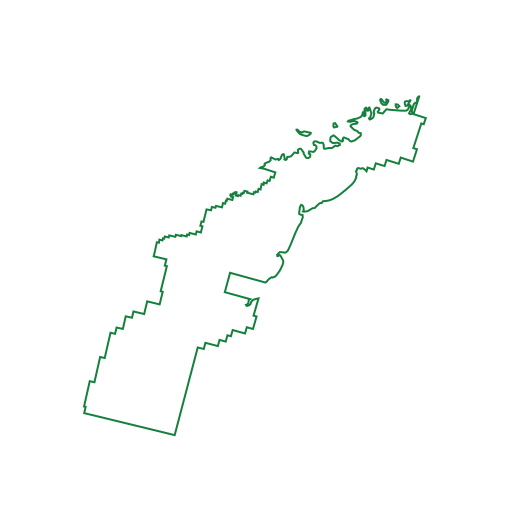 outline of Lake and Peninsula, Alaska, United States of America, rotated 196°
{"feature_id": "52423323B73962947550277", "entity_name": "Lake and Peninsula", "entity_type": "district", "adm_level": 2, "iso_a3": "USA", "parent_name": "United States of America", "parent_adm1": "Alaska", "projection": "albers", "projection_center": [-157.475, 58.272], "detail": "fine", "context": "isolated", "style": "outline", "palette": "green", "viewbox_px": 512, "rotation_deg": 196, "n_neighbors": 0, "source": "geoboundaries", "source_scale": "gbopen_adm2", "svg_char_len": 6153}
<svg xmlns="http://www.w3.org/2000/svg" viewBox="0 0 512 512"><g transform="rotate(196 256 256)"><path d="M173.1,367.9L173.1,371.8L166.6,371.6L166.4,378.1L157.2,377.9L157.0,384.3L144.2,384.0L144.0,390.5L131.1,390.0L130.7,403.0L134.5,403.1L133.6,429.0L131.1,428.9L130.8,435.4L143.7,435.8L143.1,454.4L143.3,454.4L143.8,453.8L144.5,452.4L144.3,450.6L143.7,449.5L143.7,449.0L144.3,447.7L145.8,446.3L146.2,445.0L146.3,438.3L144.8,436.3L145.1,435.8L147.0,434.8L148.2,435.3L147.6,438.5L147.3,439.2L147.4,440.3L148.8,443.0L149.3,443.3L149.8,443.4L150.1,442.8L149.9,441.8L150.4,438.6L151.5,437.2L155.8,435.9L161.4,434.7L167.3,433.5L171.1,433.0L173.5,427.9L178.0,427.5L178.7,428.1L178.5,428.6L177.8,431.0L177.9,431.3L178.3,431.8L181.0,431.9L181.9,431.4L182.5,429.4L182.6,428.0L182.5,427.2L182.4,426.6L182.0,426.0L181.6,425.7L181.4,422.5L181.8,421.0L183.1,419.3L184.3,418.6L185.3,419.3L185.3,419.5L184.5,420.1L184.3,424.7L184.4,425.0L187.9,430.0L188.3,429.8L188.5,429.2L188.6,427.9L188.1,427.3L188.3,426.6L189.4,426.3L189.7,426.4L190.6,428.6L190.8,428.9L191.2,428.9L191.9,428.1L192.2,427.4L191.8,425.7L190.5,424.3L189.6,421.9L189.5,421.5L190.0,420.5L190.3,420.3L190.9,420.4L191.3,420.8L191.3,421.0L191.0,421.5L191.5,423.3L192.6,423.8L192.8,423.7L192.8,420.3L193.7,418.5L196.2,416.3L199.5,414.6L204.5,411.4L204.7,410.7L202.1,411.0L201.4,411.7L198.3,412.9L195.6,412.6L195.2,412.3L195.5,411.1L198.8,409.7L200.4,408.5L201.0,407.4L200.8,406.6L196.0,404.2L195.4,404.3L192.9,403.9L191.5,402.8L189.1,402.9L188.6,401.1L188.7,400.3L188.8,400.0L192.8,394.5L195.9,392.3L197.8,392.6L199.3,393.7L204.2,394.2L204.6,393.8L204.9,392.0L204.1,391.1L204.6,389.9L204.9,389.7L208.4,390.4L210.1,391.4L213.6,393.0L214.8,393.3L215.3,392.6L216.8,391.2L217.0,390.3L216.6,387.9L216.2,386.8L213.2,385.7L209.3,387.3L206.5,387.2L206.0,385.8L207.1,385.0L207.8,384.1L210.3,383.9L211.6,382.1L212.9,380.6L215.8,379.9L219.3,378.0L220.4,378.2L221.1,379.9L221.3,380.9L221.7,381.7L223.0,383.2L224.5,382.9L225.8,382.3L228.2,382.5L228.6,382.8L230.3,382.7L231.5,382.2L232.0,381.3L232.1,380.7L231.0,378.7L229.8,378.9L228.4,378.3L228.1,377.9L227.5,376.2L228.3,373.5L228.9,372.4L229.4,371.9L233.7,371.3L233.8,370.6L233.5,369.0L232.8,368.7L232.3,368.9L231.9,368.6L231.7,368.2L231.3,366.5L231.9,365.4L232.7,364.6L234.0,364.2L235.1,364.4L238.4,367.6L238.7,368.1L238.7,368.6L239.0,368.9L242.4,371.4L243.1,371.3L244.0,370.9L244.9,369.6L244.8,368.8L243.9,367.2L244.1,366.4L247.6,366.1L249.2,362.6L249.9,361.5L251.1,360.6L253.2,359.9L253.2,357.3L253.8,356.6L254.9,356.5L255.3,356.7L255.2,357.4L255.6,358.2L257.1,361.2L257.7,361.5L258.5,360.9L258.8,360.5L259.2,358.2L259.2,356.5L259.4,356.0L260.5,354.5L261.5,355.4L263.9,354.1L268.6,355.0L268.9,354.8L268.9,353.4L268.3,352.2L269.4,350.2L270.4,349.6L273.1,347.3L273.1,346.6L273.0,346.2L272.5,345.8L273.3,344.2L276.0,342.4L276.5,341.7L271.9,342.1L260.5,341.7L260.5,336.2L263.6,336.3L263.6,331.9L265.7,331.9L265.8,328.8L268.9,328.8L268.9,327.7L268.3,327.7L268.3,326.5L270.4,326.6L270.0,321.2L272.0,321.3L272.0,317.9L274.1,317.9L274.1,316.8L275.5,316.8L275.5,314.6L282.0,314.4L282.0,315.6L285.1,315.4L285.1,313.2L286.2,313.1L286.2,311.9L287.4,311.9L287.4,309.7L289.8,309.7L289.8,308.6L292.1,308.6L292.2,311.9L293.4,311.8L293.3,310.6L294.4,310.6L294.4,309.5L295.4,309.5L295.3,308.4L297.4,308.4L297.4,307.3L296.3,307.4L296.3,306.2L294.2,306.3L294.2,303.3L299.4,303.2L299.3,301.0L300.2,301.0L300.0,297.8L302.3,297.8L302.1,293.4L308.2,293.1L308.3,291.2L311.9,291.0L311.8,287.6L316.4,287.1L315.9,274.3L317.9,274.2L317.8,269.7L315.7,269.8L315.5,263.4L319.9,263.3L319.8,260.1L326.2,259.9L326.1,257.7L328.2,257.7L328.0,255.7L333.5,255.5L333.4,254.5L338.9,254.3L338.8,252.2L345.1,251.9L345.0,249.8L349.1,249.6L349.0,247.4L350.3,247.3L350.2,245.2L353.4,245.1L353.0,242.0L355.1,241.9L354.4,231.7L354.3,227.5L341.2,228.1L341.0,221.6L338.9,221.7L337.9,195.8L335.8,195.9L335.3,182.9L348.1,182.4L347.5,169.4L358.5,168.9L358.2,162.5L364.6,162.1L363.9,149.2L370.3,148.8L370.0,142.4L374.7,142.1L373.3,116.2L378.0,116.0L376.5,90.1L381.3,89.8L379.8,63.9L378.2,64.0L377.8,57.6L284.8,61.4L286.8,152.0L280.6,152.2L280.7,158.6L267.8,158.9L267.9,165.3L261.5,165.4L261.6,171.9L258.0,172.0L258.0,178.4L245.2,178.5L245.2,185.0L238.8,185.0L238.8,198.0L241.9,198.0L241.9,216.0L245.0,214.3L246.8,212.8L247.9,210.9L248.0,208.4L248.3,207.7L249.5,206.4L250.6,205.6L251.5,205.6L252.2,206.3L250.9,207.2L250.4,208.8L250.8,211.6L250.2,212.5L249.8,212.9L276.0,212.6L276.3,232.7L239.6,233.1L238.7,234.3L237.5,237.0L235.7,239.3L234.9,240.0L234.2,239.8L232.1,241.4L231.7,241.9L230.7,244.0L229.2,248.2L228.8,250.0L228.0,254.5L228.0,256.5L228.3,258.5L229.6,260.1L232.4,262.9L233.2,263.4L233.8,263.4L234.5,262.2L235.1,261.9L235.4,261.8L236.0,262.9L234.8,265.4L234.2,266.3L230.4,267.1L229.6,267.1L228.9,267.2L228.0,268.1L226.9,269.9L226.4,272.6L225.8,276.7L224.5,289.0L223.4,296.2L222.0,300.0L221.7,306.1L222.5,308.3L222.8,308.4L224.1,308.0L225.9,308.2L226.2,308.6L226.6,310.5L227.2,314.9L227.2,315.5L226.7,317.6L225.5,317.5L224.2,316.6L222.9,313.8L222.8,312.3L223.0,311.8L222.0,311.9L219.2,313.1L218.7,313.4L214.9,317.4L212.8,318.3L211.8,320.3L209.6,323.9L208.7,324.7L207.6,324.9L206.6,327.2L204.0,328.1L200.7,329.8L197.6,332.2L194.0,336.0L191.3,339.6L188.0,344.3L183.6,351.2L182.1,354.4L181.2,359.0L181.8,360.2L181.4,361.9L182.6,364.3L183.3,365.0L182.8,366.2L182.8,367.8L182.1,368.7L179.2,368.8L177.6,369.9L174.8,368.9L173.1,367.9ZM237.3,388.4L237.2,389.3L237.3,389.5L243.8,389.1L244.6,388.8L244.9,388.2L245.7,387.5L246.1,387.4L248.5,387.6L250.0,388.1L250.6,388.7L251.3,388.9L251.9,388.6L251.8,388.3L251.1,387.7L247.5,385.4L244.7,385.1L240.4,385.2L238.8,386.4L237.3,388.4ZM171.4,441.1L171.8,442.3L173.8,442.5L174.0,442.0L172.8,441.1L173.7,439.1L175.3,438.8L178.4,441.2L179.2,441.4L179.7,440.8L179.6,440.1L177.7,437.5L175.6,436.4L172.7,437.1L172.2,438.1L171.4,441.1ZM150.8,446.4L150.3,448.9L152.1,446.6L154.0,446.4L155.3,445.5L155.4,444.6L154.8,443.1L153.6,441.5L152.2,442.1L150.8,446.4ZM213.5,402.7L213.5,403.1L216.6,405.5L217.9,404.8L217.4,402.0L216.4,401.1L213.5,402.7ZM161.1,437.1L159.5,439.5L161.5,440.7L163.5,440.3L163.1,438.8L162.3,437.8L161.1,437.1Z" fill="none" stroke="#15803d" stroke-width="2"/></g></svg>